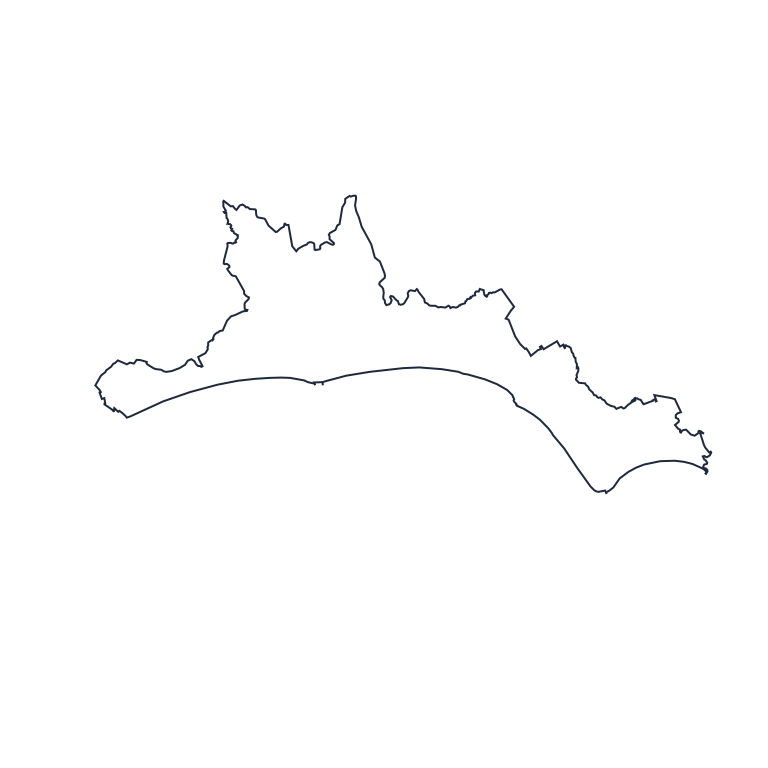 the district of Alvarado, Veracruz, Mexico, rotated 150°
{"feature_id": "50627088B94546809143043", "entity_name": "Alvarado", "entity_type": "district", "adm_level": 2, "iso_a3": "MEX", "parent_name": "Mexico", "parent_adm1": "Veracruz", "projection": "mercator", "projection_center": [-95.869, 18.829], "detail": "fine", "context": "isolated", "style": "outline", "palette": "slate", "viewbox_px": 768, "rotation_deg": 150, "n_neighbors": 0, "source": "geoboundaries", "source_scale": "gbopen_adm2", "svg_char_len": 6166}
<svg xmlns="http://www.w3.org/2000/svg" viewBox="0 0 768 768"><g transform="rotate(150 384 384)"><path d="M431.2,622.8L431.8,622.6L434.4,617.9L434.3,613.3L435.0,612.9L436.7,613.1L436.5,611.8L435.0,611.2L437.3,606.5L437.0,605.0L437.5,602.8L439.0,601.4L438.6,601.4L438.9,600.5L437.4,599.4L437.0,598.2L437.1,597.3L438.7,596.5L438.7,595.4L437.9,594.3L439.4,593.5L439.2,592.6L438.0,591.6L438.5,589.7L436.3,586.1L436.9,585.8L436.7,585.1L437.6,583.6L440.7,582.6L441.1,582.2L441.2,580.7L441.9,580.6L443.1,581.3L444.7,581.1L446.5,583.1L448.9,584.2L449.4,584.0L450.7,581.3L461.0,570.8L462.6,568.4L462.1,567.5L459.9,566.5L459.0,564.3L458.9,563.3L459.4,562.5L462.2,562.1L462.3,560.6L461.5,554.5L460.3,552.9L458.5,551.4L458.7,534.4L460.0,532.1L459.2,528.9L457.7,526.5L458.9,525.2L463.5,524.0L464.8,523.0L467.0,518.8L466.8,517.6L465.3,516.5L466.1,515.8L469.8,517.4L478.7,518.2L482.6,519.1L488.3,517.3L496.9,511.0L499.7,512.0L502.4,511.6L503.3,512.0L506.6,511.2L509.0,509.3L509.1,508.2L510.6,507.6L510.7,508.2L515.5,507.9L517.2,505.0L518.3,504.4L519.2,502.2L523.2,500.0L531.4,500.3L532.0,496.8L532.2,490.2L533.0,490.1L533.7,490.2L534.1,491.3L536.1,492.6L536.8,495.2L536.8,498.5L538.4,501.8L542.2,502.3L546.8,500.1L553.0,500.0L561.2,501.3L566.6,503.4L568.1,504.8L569.9,507.8L574.3,511.1L575.8,513.0L579.2,519.5L579.3,520.7L578.4,521.7L583.3,526.8L586.2,528.6L590.4,526.7L593.2,529.5L596.8,529.6L602.7,537.5L606.5,536.6L608.3,536.9L611.7,535.4L617.7,534.7L619.5,533.6L624.9,532.8L634.7,527.1L633.2,520.6L633.3,518.7L634.6,518.9L635.8,512.1L633.3,511.6L635.1,506.6L635.9,506.8L636.3,506.1L632.4,498.1L631.8,495.6L631.4,495.5L629.6,497.0L630.1,497.5L629.6,498.0L628.1,492.8L626.6,493.1L625.4,490.3L623.8,485.5L623.6,483.5L620.2,482.8L584.1,479.4L556.1,474.0L528.7,466.7L508.7,459.8L493.0,452.9L480.2,446.6L469.9,441.0L462.2,436.2L451.3,427.0L449.0,423.7L444.0,419.0L444.1,417.3L443.8,420.3L436.2,416.3L437.7,413.5L436.1,416.3L433.4,415.7L412.6,410.1L389.9,401.5L359.8,388.3L345.3,380.8L326.6,368.0L313.4,357.3L310.6,353.6L311.1,353.1L310.5,353.5L310.2,353.2L310.8,352.6L310.1,353.1L306.7,350.4L294.2,337.5L286.1,327.2L280.3,317.2L278.3,309.8L278.9,308.3L278.6,307.6L279.0,305.6L279.9,305.1L280.1,303.5L279.4,300.8L279.8,300.6L279.9,299.5L279.3,298.8L279.6,298.5L275.3,292.6L270.1,282.9L266.8,275.0L263.9,263.7L263.1,257.2L263.3,255.7L260.2,238.1L258.6,214.3L256.4,192.1L255.0,186.8L254.0,185.1L252.3,183.4L245.8,181.2L246.2,177.5L245.8,179.1L242.4,179.0L237.1,179.7L227.1,184.4L216.0,185.7L207.5,185.5L199.0,184.2L183.5,179.1L170.8,172.3L163.2,166.7L156.8,160.5L150.4,151.6L149.3,149.5L148.7,146.6L150.3,145.7L150.1,145.2L147.6,146.5L147.0,147.8L147.4,149.7L149.7,152.1L147.1,154.1L144.3,153.4L143.4,154.3L143.6,157.0L144.4,158.4L144.1,161.9L142.5,161.5L141.5,159.4L140.4,159.1L137.5,159.3L134.9,161.0L134.9,162.0L135.5,162.0L135.9,161.1L136.6,162.2L137.6,168.4L137.4,171.2L134.8,183.2L133.5,183.2L131.7,181.0L133.5,184.9L134.5,185.9L135.4,185.7L136.0,184.3L140.8,183.9L143.5,186.8L145.2,193.4L148.1,194.5L150.1,194.2L150.9,193.4L151.5,193.8L151.5,194.7L150.4,196.4L151.6,198.1L152.5,203.0L147.7,203.9L147.0,204.7L146.7,206.7L148.2,208.9L146.7,211.3L144.4,211.8L140.9,211.1L139.7,225.4L142.3,228.2L155.4,239.2L156.5,232.9L157.3,233.0L157.0,235.4L159.3,235.5L159.5,235.0L169.0,236.6L169.0,237.2L169.5,237.4L169.6,241.9L171.4,243.7L171.9,245.0L173.3,245.6L173.3,246.3L174.3,246.3L174.3,244.4L174.7,244.1L175.8,244.2L175.9,245.7L176.6,245.7L176.5,244.5L176.9,244.2L177.7,244.3L177.7,245.4L178.3,245.2L178.7,244.3L183.1,243.9L187.5,242.8L188.9,243.1L190.0,245.6L195.2,246.3L195.8,249.0L198.6,251.8L201.0,255.6L201.3,259.7L202.6,261.4L203.2,264.2L205.3,264.8L205.9,266.2L205.9,267.9L207.6,269.3L207.5,272.3L208.9,276.5L208.6,279.7L209.6,282.4L209.5,284.0L214.6,287.6L215.6,291.9L214.8,292.8L213.5,293.3L212.8,295.5L209.3,298.1L208.0,300.0L207.7,301.4L209.1,301.4L207.0,304.7L206.8,307.5L205.2,310.9L205.8,311.4L205.7,313.9L205.0,315.5L205.4,317.5L204.3,321.9L205.3,324.1L206.8,325.6L207.1,326.6L208.0,326.9L209.1,324.8L209.6,324.8L209.5,327.3L208.9,327.3L208.9,328.4L212.8,328.4L212.8,334.5L228.4,334.3L228.6,338.2L230.3,338.2L230.7,335.8L233.6,336.4L242.8,334.9L242.6,338.9L243.0,343.7L244.3,343.9L246.1,350.5L246.6,359.7L243.9,377.4L245.9,379.8L237.4,384.1L232.7,385.8L234.8,407.2L236.1,407.8L242.5,408.0L243.8,408.9L245.4,408.9L246.0,409.8L247.6,410.4L248.7,409.4L251.0,409.5L250.9,408.4L251.4,408.2L252.4,410.2L252.4,411.0L251.4,414.4L250.7,415.2L253.5,418.4L255.8,416.7L257.8,418.1L259.7,417.4L260.7,415.2L262.6,416.0L264.3,415.6L265.3,416.1L265.9,415.1L266.7,415.5L267.2,415.0L269.4,415.9L271.3,414.7L272.1,414.9L273.5,413.4L277.9,414.4L278.6,414.0L279.3,414.5L281.3,413.9L283.4,414.1L285.9,416.3L288.5,416.5L288.4,418.5L289.0,419.6L292.6,419.5L296.5,422.4L298.7,423.2L300.3,426.0L304.6,428.5L305.6,429.7L306.2,432.0L307.8,434.2L306.7,437.6L308.0,446.2L307.8,449.1L308.1,449.8L310.7,449.0L314.2,451.9L316.1,452.0L318.2,450.6L318.9,448.2L319.8,447.3L326.0,443.9L327.8,443.6L330.1,444.4L331.2,445.7L330.5,449.0L331.3,450.1L332.4,455.2L334.1,456.8L335.3,456.2L335.4,452.8L337.9,450.7L339.5,450.4L342.5,451.1L342.6,453.7L341.5,456.1L341.9,458.0L341.1,459.8L338.5,463.3L337.2,466.8L337.3,468.9L338.2,471.6L338.1,473.1L336.6,474.3L330.3,475.6L329.0,477.3L328.2,479.8L326.3,492.1L328.7,498.0L325.2,511.4L324.7,531.3L322.4,541.1L321.6,547.6L319.8,553.1L315.5,558.5L314.4,560.7L314.7,561.5L316.5,562.4L319.0,562.9L319.8,564.1L325.0,563.7L327.0,560.5L331.7,557.9L342.6,544.6L345.1,544.7L349.0,541.7L355.4,541.8L357.2,540.8L357.3,539.1L358.7,536.6L356.9,531.1L357.6,530.1L358.7,530.1L359.9,531.4L362.5,535.4L364.4,536.1L369.3,536.0L370.5,535.2L371.3,533.4L372.2,532.8L376.5,534.3L376.9,535.1L374.4,540.2L374.5,541.2L375.9,542.9L377.3,543.9L379.1,544.2L381.2,543.4L384.7,544.0L390.5,544.0L393.6,542.8L394.6,549.1L387.2,569.5L389.1,570.6L389.5,572.3L390.0,572.5L392.1,570.3L395.4,570.4L400.6,569.3L401.8,569.8L404.8,578.9L404.6,586.2L405.2,587.3L409.7,591.1L410.3,592.5L410.0,594.5L408.0,598.7L408.1,599.5L412.7,602.6L413.7,605.4L415.3,606.0L415.5,607.8L416.8,610.2L419.7,610.7L424.7,608.5L425.4,610.0L425.9,613.6L427.9,614.5L431.2,622.8Z" fill="none" stroke="#1e293b" stroke-width="2"/></g></svg>